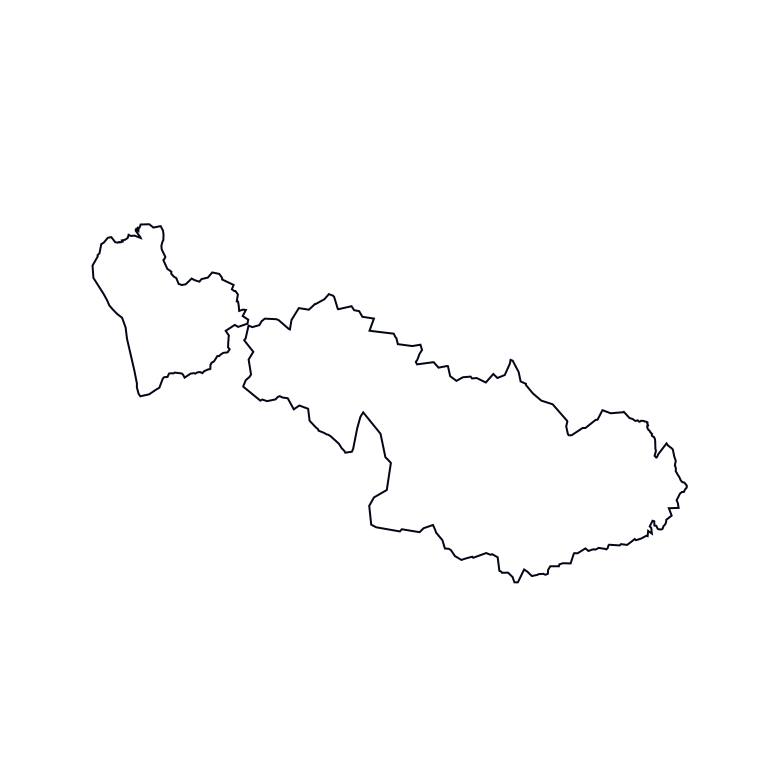 Kauru, Kaduna, Nigeria (Albers equal-area conic projection), rotated 150°
{"feature_id": "59680162B79526209894783", "entity_name": "Kauru", "entity_type": "district", "adm_level": 2, "iso_a3": "NGA", "parent_name": "Nigeria", "parent_adm1": "Kaduna", "projection": "albers", "projection_center": [8.254, 10.219], "detail": "fine", "context": "isolated", "style": "outline", "palette": "ink", "viewbox_px": 768, "rotation_deg": 150, "n_neighbors": 0, "source": "geoboundaries", "source_scale": "gbopen_adm2", "svg_char_len": 6035}
<svg xmlns="http://www.w3.org/2000/svg" viewBox="0 0 768 768"><g transform="rotate(150 384 384)"><path d="M462.5,263.9L444.0,248.4L441.2,249.3L427.3,237.9L421.8,239.3L412.1,237.4L412.6,232.2L413.2,229.3L413.2,229.2L411.5,219.6L413.5,211.1L410.3,208.9L409.1,206.7L408.6,199.4L407.8,198.1L404.9,192.9L404.2,192.8L399.9,191.9L393.9,190.3L393.6,188.9L380.0,186.5L377.1,182.8L375.4,182.5L372.2,177.1L377.5,164.5L376.3,162.8L376.2,161.5L370.9,158.6L369.1,152.2L369.4,151.5L370.2,147.0L367.3,145.3L367.2,145.3L355.4,153.3L353.7,149.9L352.0,143.8L351.4,143.5L350.1,143.2L347.0,142.1L345.2,142.0L341.0,140.0L339.6,138.1L337.0,137.7L334.8,141.0L331.1,143.0L323.7,138.7L323.6,138.8L323.1,139.3L322.4,140.1L318.6,139.3L312.1,135.3L305.2,141.5L303.9,142.4L301.0,140.6L291.8,140.9L290.6,137.8L290.5,137.2L289.0,136.9L288.1,136.8L286.6,136.5L285.5,136.1L284.9,136.0L284.7,135.8L284.5,135.6L284.4,135.4L284.2,135.3L284.0,135.1L283.8,135.0L283.4,134.8L281.7,134.7L280.7,134.8L280.2,134.7L279.8,134.5L275.4,131.0L274.9,130.6L274.2,129.6L272.4,130.0L270.0,132.2L269.5,132.3L261.1,126.7L260.7,126.4L258.8,126.8L255.1,124.0L254.0,123.1L247.4,123.9L244.4,124.4L243.8,122.7L238.7,121.6L232.7,121.4L231.8,120.4L228.7,124.7L226.8,120.5L224.5,125.8L225.1,127.8L219.8,131.3L218.6,130.0L220.6,126.2L219.1,125.0L219.4,121.9L218.8,120.8L217.5,120.0L216.5,119.3L215.1,119.3L213.3,121.0L210.6,121.9L209.0,123.1L207.3,125.3L200.7,126.2L199.4,134.0L190.8,129.4L189.1,133.8L188.7,137.1L187.5,137.8L185.8,138.9L182.5,141.1L179.9,141.5L178.4,140.6L175.9,142.2L173.7,142.9L172.6,144.5L172.9,146.7L173.2,148.5L174.7,149.8L175.2,152.1L175.0,153.8L174.8,155.6L175.0,159.1L174.9,160.8L175.0,162.6L173.8,164.3L173.0,166.4L172.9,167.9L169.8,171.5L168.8,176.3L166.6,182.9L166.9,184.0L167.2,185.2L167.8,186.1L168.2,187.5L168.9,188.9L168.9,190.1L169.0,191.3L181.5,186.1L183.8,184.4L184.8,184.1L185.2,184.6L185.5,186.6L181.9,190.1L181.4,192.1L177.9,198.6L176.9,200.7L176.8,202.1L176.7,203.2L176.8,203.5L177.3,204.0L177.7,204.5L177.8,205.1L177.7,205.8L177.3,206.3L176.8,206.7L176.9,207.1L177.2,207.7L177.2,208.6L177.5,209.2L177.5,209.9L177.4,210.7L177.6,211.4L177.9,212.1L178.0,212.7L177.9,213.4L177.9,214.2L177.5,215.0L177.3,215.8L176.7,215.8L176.0,216.0L175.9,216.6L175.9,217.5L175.7,218.3L175.1,218.6L175.1,219.1L175.4,219.7L175.9,220.3L176.4,220.9L177.1,221.3L177.4,221.9L178.6,222.9L179.7,223.6L180.7,223.5L181.7,223.6L182.1,224.3L182.4,225.6L183.4,225.9L184.7,226.3L185.4,227.4L185.8,228.7L186.7,230.0L188.4,231.7L190.2,240.0L191.2,239.9L192.3,240.6L202.3,245.3L207.9,252.1L216.9,246.3L218.6,247.1L231.6,245.2L234.0,246.6L247.2,245.8L249.8,247.4L249.7,249.0L247.4,256.2L243.9,259.9L243.9,260.9L247.9,281.2L248.1,282.1L256.1,291.0L259.8,301.5L261.6,312.2L261.0,313.2L264.4,317.9L261.4,327.1L260.9,339.8L262.3,341.6L264.7,338.8L274.9,331.4L282.8,332.5L284.3,338.0L295.1,334.4L300.7,342.8L305.0,344.8L305.3,347.1L312.3,350.4L319.7,350.5L322.8,357.7L319.7,367.5L320.3,368.0L328.6,370.9L330.1,378.1L345.6,384.5L345.5,386.1L345.4,387.2L342.9,388.4L338.2,392.3L334.1,394.4L332.8,399.8L340.5,402.7L352.1,411.6L350.3,417.7L350.7,418.9L350.4,422.7L366.7,434.9L369.9,437.4L360.0,445.7L369.1,453.0L369.1,459.5L373.0,462.9L373.2,467.6L386.2,471.6L386.5,472.0L383.6,484.5L384.0,486.0L386.8,489.4L393.3,487.2L403.2,487.4L403.7,487.8L411.9,485.9L419.8,492.3L432.1,485.7L438.2,478.3L439.0,479.5L443.3,492.0L444.9,494.0L454.1,499.9L454.8,500.2L458.0,499.6L458.3,499.7L462.5,497.3L469.6,499.1L472.1,502.3L481.3,492.4L482.6,492.2L483.2,491.7L481.1,477.2L489.0,472.9L494.4,458.7L497.3,457.2L497.9,457.2L501.9,456.4L504.4,454.4L506.5,452.9L507.2,452.0L499.4,431.4L498.2,431.4L497.2,431.4L493.8,427.6L485.6,424.9L482.6,425.9L480.4,425.6L478.6,423.0L474.5,419.8L474.8,407.2L468.1,407.7L462.1,400.5L466.8,389.4L464.7,380.4L463.7,377.8L464.0,376.3L460.4,371.7L459.0,369.3L458.8,369.0L457.7,368.0L456.3,365.4L453.0,355.0L452.8,352.5L452.8,349.8L451.8,345.9L451.9,343.9L445.7,341.4L443.2,343.2L429.3,359.1L421.0,367.2L419.0,368.4L416.2,369.8L411.9,342.6L419.4,319.9L419.1,318.6L418.7,317.6L417.5,312.2L434.6,290.8L435.1,290.8L449.4,290.8L457.7,285.9L465.4,268.6L462.5,263.9ZM472.1,504.5L469.4,507.6L472.4,513.5L466.6,517.2L469.1,519.0L472.9,519.7L470.6,524.6L469.2,528.3L470.2,529.2L465.7,534.7L466.2,538.8L467.2,539.3L468.4,542.1L464.7,545.0L471.9,555.4L471.4,556.1L471.3,556.6L471.2,557.2L471.3,558.7L471.6,561.7L477.0,566.5L483.4,564.2L489.5,566.1L492.5,565.0L492.8,565.0L496.2,568.8L497.9,571.5L505.9,569.5L509.8,570.9L511.1,572.7L511.8,573.3L511.0,579.2L510.9,579.5L512.4,582.2L513.1,586.0L512.0,587.6L514.0,591.9L514.1,592.1L513.1,601.7L511.4,602.2L509.8,603.4L509.2,611.7L507.7,615.0L504.7,618.0L503.1,619.0L500.2,623.7L498.7,627.3L498.5,632.4L505.5,634.8L507.4,639.7L515.0,643.8L517.4,641.7L518.3,641.6L519.0,642.4L519.7,641.7L519.4,640.4L520.1,639.4L521.0,642.2L521.8,641.8L522.1,641.4L522.4,640.8L521.6,633.1L521.7,632.1L525.8,637.2L529.2,638.8L530.6,640.9L532.8,638.7L534.5,638.5L536.2,638.4L536.8,638.6L539.2,639.4L539.2,638.0L541.9,638.6L542.0,639.2L542.4,639.4L544.1,639.6L546.0,641.5L546.0,642.2L546.7,647.5L546.8,647.6L550.1,648.7L556.1,646.5L558.9,646.5L565.1,639.4L567.6,638.8L568.3,637.5L569.7,636.7L577.2,632.3L582.6,621.2L581.8,602.2L582.0,594.5L582.6,589.5L581.6,584.0L580.1,578.2L577.7,572.3L579.5,562.2L583.9,551.8L593.5,520.4L597.8,507.8L599.7,504.7L601.4,498.4L601.2,495.2L592.6,492.5L584.1,493.1L580.4,493.1L573.8,498.5L573.1,499.1L572.0,499.6L571.0,499.8L567.9,498.4L565.0,500.5L563.8,500.1L561.9,499.1L561.3,498.5L559.5,498.5L554.1,494.4L553.7,493.8L553.4,492.4L553.5,489.2L546.3,489.7L543.1,488.4L542.2,487.3L539.9,487.4L537.4,486.4L535.8,484.2L533.5,485.0L528.9,484.6L528.6,484.3L526.9,483.9L525.8,485.6L524.5,487.6L523.6,487.9L523.2,488.4L521.6,488.7L520.9,488.5L519.7,488.7L519.4,488.9L518.7,489.2L514.4,491.5L513.5,491.1L513.0,490.6L512.0,490.9L510.3,491.2L508.5,491.3L507.3,491.2L503.6,489.6L500.3,491.3L500.7,493.7L497.6,498.7L497.1,499.2L495.4,501.9L494.1,503.5L494.5,509.2L483.7,509.8L481.8,506.4L472.1,504.5Z" fill="none" stroke="#020617" stroke-width="2"/></g></svg>